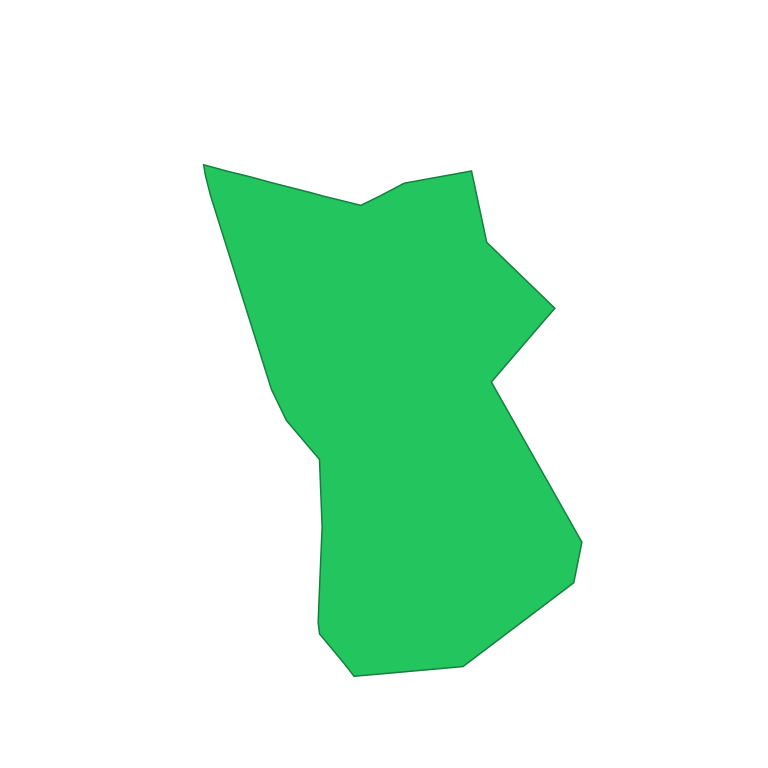 outline of Serra Caiada, Rio Grande do Norte, Brazil, rotated 238°
{"feature_id": "56859067B6635652118249", "entity_name": "Serra Caiada", "entity_type": "district", "adm_level": 2, "iso_a3": "BRA", "parent_name": "Brazil", "parent_adm1": "Rio Grande do Norte", "projection": "robinson", "projection_center": [-35.697, -6.109], "detail": "fine", "context": "isolated", "style": "filled", "palette": "green", "viewbox_px": 768, "rotation_deg": 238, "n_neighbors": 0, "source": "geoboundaries", "source_scale": "gbopen_adm2", "svg_char_len": 615}
<svg xmlns="http://www.w3.org/2000/svg" viewBox="0 0 768 768"><g transform="rotate(238 384 384)"><path d="M665.5,347.2L655.3,343.0L635.3,336.6L619.8,332.6L439.2,285.7L404.7,281.9L354.2,289.3L295.6,255.8L244.1,220.5L235.9,214.9L216.5,201.7L206.2,196.9L168.0,202.1L152.0,203.7L109.7,287.1L102.5,301.3L114.9,439.6L145.0,468.0L190.0,470.0L328.8,476.1L340.6,513.9L354.9,559.9L357.7,569.0L449.7,546.2L497.0,563.4L518.3,571.1L527.3,548.4L543.6,507.5L545.6,480.4L547.8,459.0L576.1,431.5L583.8,424.5L614.8,394.9L624.7,385.8L631.9,379.1L646.9,364.4L665.5,347.2Z" fill="#22c55e" stroke="#15803d" stroke-width="1.5"/></g></svg>